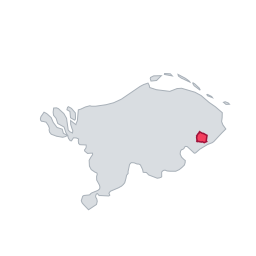 Borger-Odoorn, Drenthe, Netherlands (highlighted), rotated 43°
{"feature_id": "6326949B13062469247327", "entity_name": "Borger-Odoorn", "entity_type": "district", "adm_level": 2, "iso_a3": "NLD", "parent_name": "Netherlands", "parent_adm1": "Drenthe", "projection": "albers", "projection_center": [6.905, 52.899], "detail": "fine", "context": "in_parent", "style": "filled", "palette": "rose", "viewbox_px": 256, "rotation_deg": 43, "n_neighbors": 0, "source": "geoboundaries", "source_scale": "gbopen_adm2", "svg_char_len": 4094}
<svg xmlns="http://www.w3.org/2000/svg" viewBox="0 0 256 256"><g transform="rotate(43 128 128)"><path d="M154.9,214.7L151.0,214.5L147.4,214.3L145.4,214.0L143.4,213.0L142.5,211.1L141.4,208.8L141.8,207.4L145.2,203.5L145.7,202.5L145.4,201.9L145.8,200.1L148.5,194.3L148.8,191.9L147.7,190.3L146.0,189.2L140.6,187.4L138.1,184.9L137.0,182.7L135.8,182.1L134.0,182.8L129.5,183.5L125.8,182.2L121.6,178.1L120.7,174.4L120.3,171.6L119.2,170.6L117.7,172.0L115.8,174.2L112.2,174.4L111.2,173.8L111.1,172.6L110.9,171.3L109.9,169.8L108.9,169.0L104.2,173.0L102.5,173.0L100.4,171.3L99.4,169.7L97.0,170.5L94.8,172.4L95.4,176.0L94.3,176.7L91.7,176.2L88.8,174.6L85.5,173.6L80.6,170.9L73.6,172.6L68.9,170.0L64.9,169.5L62.5,167.5L60.0,164.1L62.0,162.0L63.8,161.3L71.2,161.2L76.4,162.8L85.7,170.3L88.2,170.4L90.8,169.5L89.5,167.6L87.2,166.5L83.7,164.5L80.9,161.7L87.6,161.1L86.8,159.6L86.0,157.2L79.3,148.6L80.6,146.4L82.5,141.7L84.9,137.8L86.7,136.8L89.6,134.0L96.1,125.9L100.3,119.3L103.5,111.4L108.5,89.3L109.8,85.6L112.0,81.5L114.5,82.4L116.3,83.6L122.7,80.6L133.6,72.7L137.0,65.7L140.1,62.4L152.5,56.2L159.4,54.4L169.8,54.0L177.4,52.9L186.5,52.5L190.0,56.5L192.0,59.4L195.2,61.0L200.2,62.0L200.0,67.8L200.0,79.1L199.7,81.1L197.4,85.9L195.0,94.5L194.4,100.2L193.7,101.2L184.0,101.2L182.6,102.2L182.4,103.4L182.9,104.8L182.6,106.3L181.9,107.5L182.3,109.3L183.9,111.5L187.0,112.8L190.3,112.9L192.0,112.7L193.3,114.2L194.5,116.5L194.4,119.5L193.9,123.4L192.4,127.1L187.8,131.3L185.8,132.8L183.9,133.5L183.0,134.6L182.6,136.0L182.7,137.3L185.9,140.7L185.8,141.4L184.9,143.2L183.6,144.8L175.2,148.2L171.8,148.0L169.8,149.7L169.2,150.0L167.0,148.4L162.2,146.5L160.3,147.1L159.3,148.1L156.2,149.3L154.0,151.1L154.0,153.6L157.8,159.9L159.1,161.2L159.2,163.5L161.0,166.5L162.9,170.2L163.1,172.5L162.9,174.9L161.8,178.3L158.3,186.1L158.3,187.6L158.6,188.8L159.7,189.1L160.6,189.7L160.3,190.8L153.9,196.2L153.0,197.1L150.3,196.8L149.9,197.7L150.3,199.2L151.3,200.5L153.6,201.2L155.5,202.6L157.1,205.4L154.9,214.7ZM88.8,174.6L88.1,176.9L86.6,179.3L81.4,182.7L76.1,184.9L73.4,184.5L71.6,183.2L70.7,181.8L68.0,180.5L64.2,179.6L61.7,180.9L60.0,182.1L58.5,181.8L57.4,180.7L56.6,179.0L55.8,173.7L58.7,172.9L64.8,172.8L69.5,174.9L75.8,176.0L80.7,173.7L84.4,176.0L88.8,174.6ZM79.2,152.9L82.7,156.4L83.5,157.4L83.7,158.6L79.0,159.7L74.2,155.5L70.9,156.3L69.8,154.3L69.8,153.1L73.3,152.2L79.2,152.9ZM116.5,73.8L112.8,78.0L110.6,76.7L110.0,75.7L111.2,72.4L116.7,67.0L116.5,73.8ZM132.8,55.2L129.5,55.6L128.0,54.7L136.1,52.5L141.2,51.9L142.1,52.2L132.8,55.2ZM154.6,51.2L147.5,52.0L145.1,51.3L144.7,50.6L146.7,50.2L152.7,50.2L154.6,50.8L154.6,51.2ZM124.9,59.7L118.1,64.0L117.6,63.2L122.0,59.5L124.9,59.7ZM183.6,43.9L180.3,44.1L181.2,42.5L184.3,41.3L186.0,41.4L183.6,43.9ZM169.2,48.2L164.1,50.2L162.9,49.8L163.2,49.2L167.7,47.9L169.2,48.2Z" fill="#d9dde1" stroke="#a8b0b8" stroke-width="1"/><path d="M190.8,79.5L189.5,79.9L188.6,80.1L187.6,80.3L187.4,80.4L187.2,80.4L187.2,80.5L186.9,80.6L186.7,80.8L186.4,80.9L185.8,81.2L185.6,81.3L185.2,81.4L185.0,81.5L184.7,81.5L183.2,81.8L183.3,81.9L183.4,82.9L183.1,82.9L183.2,83.2L183.2,83.3L183.2,83.5L183.2,83.8L183.2,84.0L183.2,84.6L183.3,84.7L183.3,84.8L183.3,85.0L183.3,85.3L183.4,85.5L183.4,85.8L183.5,86.0L183.5,86.4L183.6,86.7L183.6,86.8L183.9,86.8L184.0,86.9L184.1,87.3L184.2,87.5L184.3,87.7L184.7,88.1L184.8,88.3L185.6,88.9L186.2,89.4L186.4,89.6L186.5,89.6L186.7,89.9L186.8,89.9L186.8,90.0L187.1,90.2L187.2,90.3L187.3,90.4L187.3,90.5L187.5,90.7L187.5,90.8L187.8,90.8L187.8,90.7L187.9,90.4L188.0,90.4L188.2,90.2L188.3,90.2L188.5,90.0L188.5,89.9L188.9,89.7L189.2,89.5L189.3,89.5L189.4,89.4L189.6,89.3L189.6,89.2L189.8,89.1L190.0,89.0L190.5,88.7L190.9,88.4L191.1,88.3L191.3,88.2L191.4,87.9L191.5,87.8L191.5,87.7L191.6,87.4L191.8,87.3L192.0,87.3L192.6,87.1L192.8,87.0L193.2,86.8L193.4,86.8L193.7,86.8L194.4,85.1L194.8,84.2L194.1,84.0L194.0,83.9L193.9,83.8L193.8,83.7L193.7,83.7L193.5,83.4L193.3,83.1L193.2,82.9L193.0,82.6L192.9,82.5L192.8,82.4L192.7,82.3L192.7,82.2L192.3,81.6L192.0,81.3L191.9,81.1L191.4,80.3L190.8,79.5L190.8,79.5Z" fill="#f43f5e" stroke="#9f1239" stroke-width="1.5"/></g></svg>